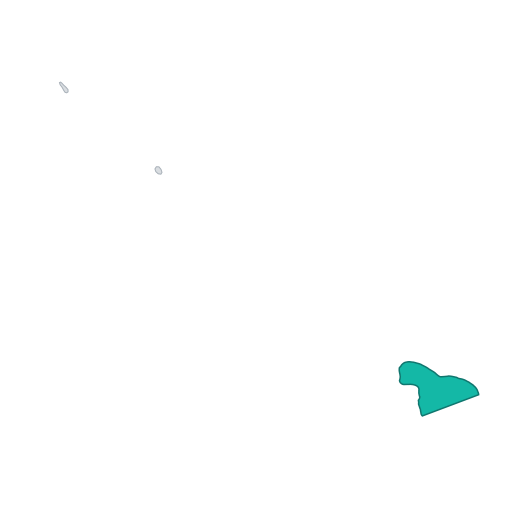 location of North Huvadhoo, Maldives, rotated 307°
{"feature_id": "70690204B59345201549971", "entity_name": "North Huvadhoo", "entity_type": "district", "adm_level": 2, "iso_a3": "MDV", "parent_name": "Maldives", "parent_adm1": "", "projection": "equal_earth", "projection_center": [73.335, 0.637], "detail": "fine", "context": "in_parent", "style": "filled", "palette": "teal", "viewbox_px": 512, "rotation_deg": 307, "n_neighbors": 0, "source": "geoboundaries", "source_scale": "gbopen_adm2", "svg_char_len": 1978}
<svg xmlns="http://www.w3.org/2000/svg" viewBox="0 0 512 512"><g transform="rotate(307 256 256)"><path d="M275.7,5.8L274.0,7.1L272.4,6.6L271.8,5.0L272.6,2.7L274.0,-0.3L274.9,-3.5L276.2,-5.3L277.3,-4.7L277.2,-2.9L276.7,-0.4L276.4,2.9L275.7,5.8ZM266.2,130.6L264.1,130.8L262.8,128.5L263.1,125.2L264.7,122.9L267.3,122.7L268.8,124.8L268.0,128.0L266.2,130.6Z" fill="#d9dde1" stroke="#a8b0b8" stroke-width="1"/><path d="M279.2,517.3L279.9,516.7L280.5,515.9L281.2,514.7L282.0,513.5L282.4,512.7L282.9,511.3L283.2,510.2L283.4,508.2L283.6,506.7L283.5,505.3L283.4,503.4L283.4,502.1L283.0,500.1L282.7,497.9L282.3,496.3L281.7,494.6L280.8,492.8L280.2,491.5L280.0,490.8L279.8,489.3L279.3,488.2L278.7,486.9L278.2,485.8L277.6,484.6L277.0,483.5L276.1,482.1L275.1,481.2L274.0,480.0L272.9,478.8L271.8,477.5L270.6,476.1L270.3,475.4L270.1,474.0L270.1,472.8L270.2,471.2L270.4,469.6L270.4,467.8L270.2,465.8L270.0,464.0L269.8,462.3L269.8,460.7L269.6,458.6L269.2,456.3L268.9,454.7L268.7,453.0L268.4,451.9L268.0,450.7L267.2,448.8L266.6,447.2L265.9,445.6L265.1,444.3L264.6,443.4L263.9,442.2L263.0,441.1L261.9,440.1L261.0,439.3L260.3,438.8L259.4,438.4L258.6,438.2L257.9,438.0L257.0,437.9L256.5,437.8L255.6,437.9L254.9,438.0L254.0,437.8L252.9,437.8L251.7,438.6L250.4,439.6L249.8,440.3L249.0,441.1L248.3,442.0L247.5,442.8L246.6,443.7L245.7,444.3L244.4,445.0L243.7,445.3L243.0,445.5L242.5,446.0L242.0,446.8L241.7,447.6L241.6,448.8L241.7,449.9L242.0,450.8L242.5,451.6L243.3,452.6L244.2,453.7L245.4,455.3L246.4,456.4L247.2,457.8L247.8,458.7L248.1,459.5L248.6,460.7L248.9,461.9L249.0,462.7L249.0,463.9L248.4,465.5L247.5,466.5L246.3,467.2L245.5,467.9L244.7,468.4L243.8,469.3L243.3,470.0L242.6,470.6L242.1,471.6L241.1,472.1L239.8,472.5L238.5,472.5L237.5,473.5L236.6,474.3L235.6,474.9L235.0,475.7L234.5,476.5L234.0,477.2L233.2,478.3L232.5,479.5L231.6,480.4L231.0,481.0L230.4,481.7L229.7,482.4L229.2,482.9L229.0,483.3L228.6,484.1L228.4,485.1L279.2,517.3Z" fill="#14b8a6" stroke="#0f766e" stroke-width="1.5"/></g></svg>